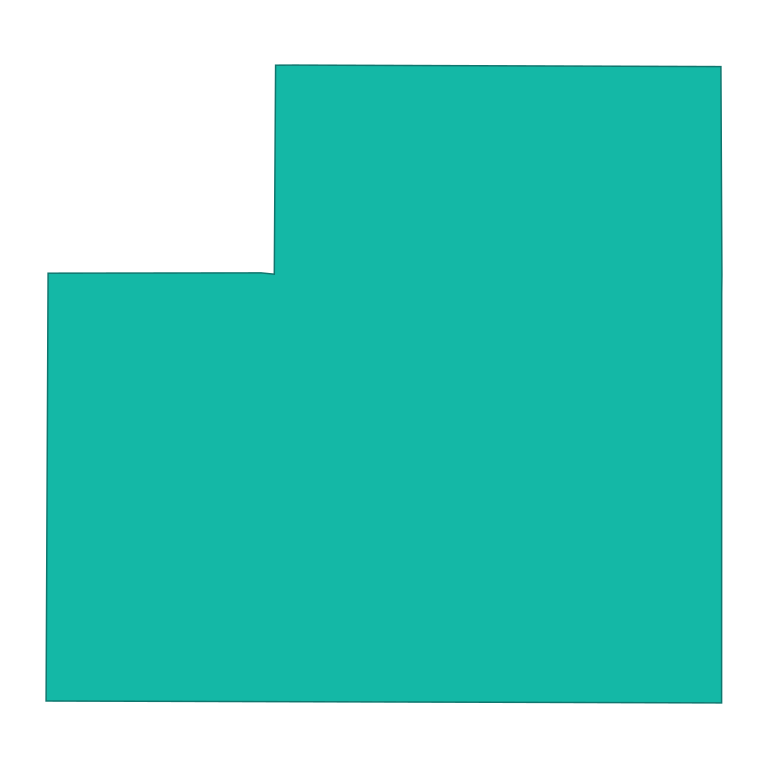 the district of Stark, Illinois, United States of America
{"feature_id": "52423323B24463330848727", "entity_name": "Stark", "entity_type": "district", "adm_level": 2, "iso_a3": "USA", "parent_name": "United States of America", "parent_adm1": "Illinois", "projection": "natural_earth1", "projection_center": [-89.816, 41.104], "detail": "fine", "context": "isolated", "style": "filled", "palette": "teal", "viewbox_px": 768, "rotation_deg": 0, "n_neighbors": 0, "source": "geoboundaries", "source_scale": "gbopen_adm2", "svg_char_len": 258}
<svg xmlns="http://www.w3.org/2000/svg" viewBox="0 0 768 768"><path d="M48.1,273.2L46.1,701.0L721.6,702.9L721.7,292.9L721.9,275.1L720.9,66.6L294.9,65.1L275.6,65.2L274.3,274.2L261.2,272.9L48.1,273.2Z" fill="#14b8a6" stroke="#0f766e" stroke-width="1.5"/></svg>